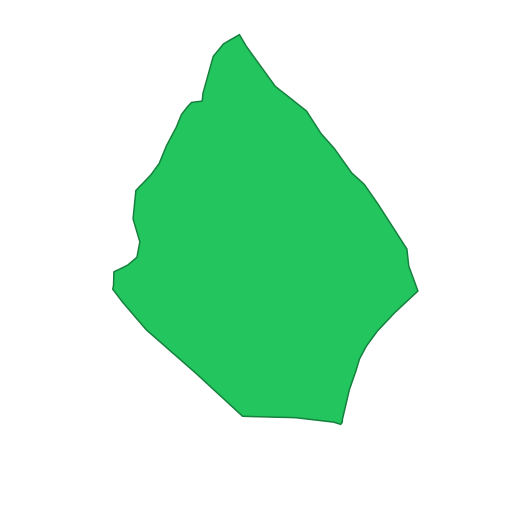 Al Mighlaf, Al Hudaydah, Yemen (Robinson projection), rotated 50°
{"feature_id": "15242507B86244592928099", "entity_name": "Al Mighlaf", "entity_type": "district", "adm_level": 2, "iso_a3": "YEM", "parent_name": "Yemen", "parent_adm1": "Al Hudaydah", "projection": "robinson", "projection_center": [43.181, 15.311], "detail": "fine", "context": "isolated", "style": "filled", "palette": "green", "viewbox_px": 512, "rotation_deg": 50, "n_neighbors": 0, "source": "geoboundaries", "source_scale": "gbopen_adm2", "svg_char_len": 1513}
<svg xmlns="http://www.w3.org/2000/svg" viewBox="0 0 512 512"><g transform="rotate(50 256 256)"><path d="M386.9,154.5L377.1,150.9L362.0,145.5L347.6,135.9L332.4,134.0L328.8,133.5L307.4,130.8L293.8,129.1L271.5,127.1L271.0,127.0L253.8,129.3L223.7,126.9L204.1,127.5L203.9,127.5L200.2,127.0L193.3,126.1L191.2,125.9L185.6,125.2L180.6,124.5L177.6,124.1L166.9,126.3L151.7,129.4L145.7,130.7L138.4,132.2L99.3,129.4L88.9,128.6L75.8,126.4L73.9,136.7L72.6,144.6L73.4,148.7L75.3,159.0L75.6,160.4L97.3,192.1L99.9,194.7L102.7,197.7L96.9,206.7L97.6,212.3L99.6,221.9L105.7,233.5L106.1,234.3L106.5,235.2L108.0,239.0L114.0,253.7L114.4,254.6L114.5,254.7L118.8,262.9L122.9,270.7L126.2,284.0L127.6,296.2L127.9,299.8L128.6,305.9L148.5,326.3L164.1,333.1L170.5,335.9L179.7,347.1L180.4,348.0L180.5,358.1L180.5,359.9L180.5,360.1L177.9,370.8L177.5,372.0L176.8,375.0L187.0,384.1L189.3,387.1L200.0,387.6L205.9,387.9L212.2,387.8L223.6,387.7L224.0,387.7L242.1,387.5L246.1,386.9L247.9,386.6L264.5,384.0L275.3,382.4L276.6,382.2L285.9,380.7L287.2,380.5L302.3,378.2L304.1,377.9L308.8,377.2L331.6,374.3L343.6,372.7L363.5,370.2L370.1,369.3L370.5,368.9L377.3,361.3L381.4,356.6L383.1,354.7L385.5,352.0L394.3,342.1L394.7,341.6L398.0,337.8L404.9,330.1L405.4,329.5L433.3,303.2L438.4,300.0L439.4,299.3L439.2,298.4L439.1,297.7L438.7,296.8L438.2,296.2L437.6,295.6L436.9,295.1L422.4,275.7L418.3,270.2L408.3,253.4L401.3,242.7L396.0,229.4L394.7,224.3L391.5,211.1L389.4,193.0L388.6,186.4L386.9,154.5Z" fill="#22c55e" stroke="#15803d" stroke-width="1.5"/></g></svg>